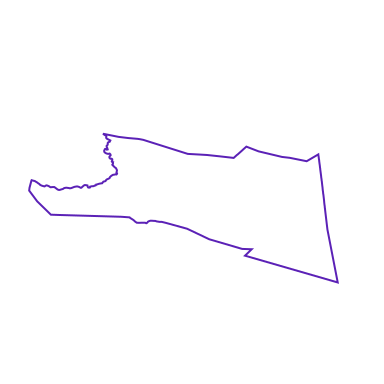 San Bartolomé Yucuañe, Oaxaca, Mexico (Equal Earth projection), rotated 101°
{"feature_id": "50627088B7651687124924", "entity_name": "San Bartolomé Yucuañe", "entity_type": "district", "adm_level": 2, "iso_a3": "MEX", "parent_name": "Mexico", "parent_adm1": "Oaxaca", "projection": "equal_earth", "projection_center": [-97.458, 17.213], "detail": "fine", "context": "isolated", "style": "outline", "palette": "violet", "viewbox_px": 384, "rotation_deg": 101, "n_neighbors": 0, "source": "geoboundaries", "source_scale": "gbopen_adm2", "svg_char_len": 3382}
<svg xmlns="http://www.w3.org/2000/svg" viewBox="0 0 384 384"><g transform="rotate(101 192 192)"><path d="M253.0,31.7L203.0,51.9L184.6,57.8L184.2,57.9L183.9,58.0L183.1,58.3L182.8,58.3L182.4,58.5L181.2,58.9L180.6,59.0L180.1,59.2L179.9,59.3L178.7,59.7L177.1,60.2L175.3,60.7L169.6,62.5L168.9,62.8L168.3,63.0L166.9,63.4L165.2,64.0L164.2,64.3L163.9,64.4L163.1,64.6L161.0,65.3L157.8,66.3L156.8,66.6L155.8,67.0L154.7,67.3L153.9,67.6L152.8,68.0L151.7,68.3L145.1,70.5L144.6,70.6L143.9,70.9L141.6,71.6L139.9,72.2L137.5,73.0L137.2,73.1L136.7,73.2L136.3,73.4L135.8,73.5L135.7,73.6L134.2,74.1L132.7,74.6L131.7,75.0L131.0,75.2L139.9,85.3L139.8,102.6L140.4,110.3L139.4,134.4L137.1,147.3L140.5,149.9L141.1,150.3L146.5,154.4L147.1,155.0L149.4,156.7L149.9,157.1L150.6,157.6L150.7,158.9L150.7,159.0L151.7,171.6L152.8,184.3L153.6,190.3L155.4,203.4L150.1,249.8L150.1,253.3L150.2,255.5L151.2,264.9L151.9,274.6L151.8,290.5L152.7,288.6L153.1,287.3L153.6,286.7L155.2,286.6L155.9,285.8L156.2,284.8L156.6,283.4L157.0,282.0L158.3,282.3L159.1,283.6L160.1,284.1L161.2,283.8L162.0,283.9L162.9,284.6L163.7,284.5L164.8,283.7L165.9,283.1L166.3,282.9L166.7,283.7L166.1,284.8L166.3,285.5L166.8,285.8L167.5,285.9L168.5,286.1L169.6,285.5L170.1,284.6L170.5,283.4L170.6,281.6L170.0,280.2L170.6,279.3L171.3,278.9L171.6,278.9L172.4,279.5L173.2,279.8L174.1,279.6L174.9,278.5L174.8,277.7L174.7,277.2L175.0,276.6L175.8,276.3L176.5,276.4L177.2,276.6L177.7,276.2L178.0,275.6L177.9,275.2L178.1,275.2L178.8,275.2L179.4,274.9L180.5,275.4L181.2,274.5L181.6,273.8L182.2,273.0L182.7,272.1L183.0,271.3L184.2,270.3L185.0,269.8L186.9,269.8L187.2,269.9L187.6,269.8L188.0,269.1L188.5,269.1L189.2,269.5L189.3,270.3L189.3,270.5L189.7,271.4L190.2,272.8L190.9,273.6L191.2,274.0L191.9,274.6L192.5,275.0L193.1,275.4L193.6,275.5L193.9,275.5L194.3,275.8L194.8,276.4L195.3,277.1L195.6,277.6L196.0,278.1L196.5,278.5L197.2,278.8L197.6,278.9L197.8,279.1L198.1,279.5L198.4,280.2L198.7,280.9L199.2,281.2L199.9,281.6L200.5,281.8L201.3,284.0L202.0,285.5L202.7,286.6L203.0,287.5L203.6,287.6L204.0,287.9L204.1,288.6L205.0,289.6L205.6,291.8L206.2,293.0L206.6,292.9L207.0,293.0L207.2,293.3L207.4,294.3L207.4,294.7L207.1,295.1L206.1,295.7L205.5,295.9L205.5,297.4L205.6,298.3L205.8,298.9L206.4,299.5L207.4,300.3L208.9,301.4L209.1,302.1L208.6,303.7L208.5,304.5L208.4,305.5L208.6,306.4L208.8,306.9L209.1,307.7L209.4,308.4L209.8,309.1L210.4,310.0L210.9,310.8L211.3,311.5L211.6,312.3L211.7,313.0L211.6,313.5L211.7,315.0L211.7,315.8L211.9,316.6L212.1,317.2L212.5,318.1L212.9,318.6L213.4,319.0L213.7,319.4L214.1,320.2L214.5,321.0L214.9,321.7L215.2,322.3L215.4,323.1L215.2,324.4L214.5,325.8L214.0,326.8L213.7,327.4L213.4,328.3L213.6,329.0L213.9,330.4L214.3,331.5L214.3,331.9L213.5,333.9L213.3,335.3L213.2,335.8L213.3,336.2L213.8,337.0L214.5,337.6L214.7,338.0L214.6,338.8L214.5,340.2L214.3,341.3L213.9,342.6L213.3,343.3L212.9,344.4L211.9,346.5L211.7,347.3L211.2,348.5L211.2,349.7L211.0,351.7L211.3,351.8L218.9,352.3L221.7,352.1L230.7,342.2L237.9,331.2L241.2,326.2L240.0,318.6L229.8,256.6L228.8,248.4L229.2,247.9L230.7,244.1L232.0,242.0L232.7,240.3L232.3,237.8L231.8,235.7L231.4,233.6L231.1,232.2L231.4,231.0L230.7,230.1L229.6,229.6L228.8,228.6L228.2,227.5L227.9,226.2L227.7,224.5L227.4,222.4L227.6,221.1L227.5,218.1L227.1,215.9L227.3,211.7L229.0,189.8L235.1,166.1L238.3,131.9L236.8,122.5L244.4,127.8L253.0,31.7Z" fill="none" stroke="#5b21b6" stroke-width="2"/></g></svg>